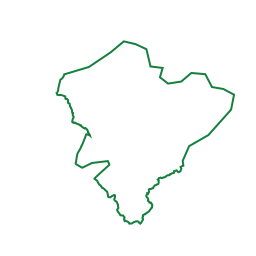 Kara-Buura, Talas, Kyrgyzstan (Equal Earth projection), rotated 298°
{"feature_id": "92254566B426760339641", "entity_name": "Kara-Buura", "entity_type": "district", "adm_level": 2, "iso_a3": "KGZ", "parent_name": "Kyrgyzstan", "parent_adm1": "Talas", "projection": "equal_earth", "projection_center": [71.131, 42.476], "detail": "fine", "context": "isolated", "style": "outline", "palette": "green", "viewbox_px": 256, "rotation_deg": 298, "n_neighbors": 0, "source": "geoboundaries", "source_scale": "gbopen_adm2", "svg_char_len": 5332}
<svg xmlns="http://www.w3.org/2000/svg" viewBox="0 0 256 256"><g transform="rotate(298 128 128)"><path d="M202.5,83.6L186.9,77.3L163.5,64.8L145.4,46.5L144.7,46.8L144.3,46.8L143.9,46.7L143.2,46.9L141.9,46.7L141.1,46.7L139.9,46.2L139.2,45.7L138.9,45.6L130.1,47.9L129.4,48.2L128.3,48.8L127.0,48.8L126.4,48.8L126.0,48.8L125.3,48.8L125.2,48.7L124.1,50.1L124.5,51.0L124.7,51.5L124.8,51.7L124.8,52.1L125.0,52.3L125.3,52.6L125.4,52.8L125.5,53.0L125.6,53.3L125.7,53.5L125.8,53.8L125.9,54.1L126.0,54.6L126.1,54.9L126.1,55.1L126.1,55.5L126.1,55.8L126.2,56.1L126.3,56.5L126.4,57.0L126.4,57.3L126.4,57.8L126.0,58.0L125.6,58.3L125.2,58.4L125.0,58.6L124.8,58.8L124.4,59.2L124.5,59.4L124.6,59.5L124.8,59.8L124.9,60.1L125.0,60.4L125.0,60.6L124.7,61.1L124.7,61.3L124.6,61.5L124.5,61.8L124.4,61.9L124.3,62.1L123.6,62.4L122.9,62.7L122.2,63.0L122.0,63.6L122.0,64.2L122.1,65.1L121.7,65.4L121.2,65.7L120.3,66.3L120.2,66.3L119.8,66.7L119.7,67.0L119.6,67.3L119.3,67.9L119.0,68.2L118.8,68.3L118.6,68.4L118.6,68.5L118.4,68.9L118.1,69.5L117.7,69.8L117.3,70.3L116.3,70.9L115.6,71.3L115.4,71.5L115.5,71.6L115.5,72.3L115.4,72.4L115.2,72.5L114.9,72.7L114.6,72.8L114.4,72.8L114.0,72.9L113.8,73.0L113.6,73.1L113.4,73.2L113.0,73.5L112.5,74.7L111.9,75.0L111.1,75.0L109.4,75.1L107.2,75.9L107.2,76.3L107.2,76.6L107.3,76.7L107.3,76.8L107.1,76.9L107.1,77.0L106.9,77.2L106.9,77.4L107.0,77.7L107.1,77.8L107.3,78.0L107.4,78.3L107.6,78.3L107.7,78.5L107.9,78.7L107.9,78.8L107.9,79.0L107.9,79.3L107.8,79.5L107.7,79.7L107.7,80.4L108.0,81.7L107.9,82.3L108.1,82.7L108.0,82.9L108.1,83.7L107.8,84.8L107.9,85.1L107.8,85.3L107.9,85.5L108.1,85.5L107.3,87.4L107.5,88.0L107.1,88.8L107.3,89.1L107.4,89.5L107.3,90.0L107.6,90.3L107.9,90.4L108.0,90.7L107.6,91.2L107.5,92.6L106.9,93.2L106.6,93.8L106.1,94.2L105.8,94.7L105.4,94.8L105.0,95.7L104.7,96.0L104.7,96.3L104.4,96.5L104.2,96.9L104.1,97.2L103.9,97.4L103.8,97.6L103.6,97.7L103.5,97.8L103.5,98.0L103.4,98.1L103.6,97.1L103.2,96.0L103.3,95.6L103.3,95.3L103.2,94.8L102.9,94.2L102.6,94.0L102.0,94.2L100.6,94.4L99.5,94.6L96.9,94.8L95.0,95.1L91.8,95.4L89.2,95.4L88.7,95.5L87.2,95.6L82.9,95.4L81.9,95.4L79.9,95.9L79.3,96.1L77.4,96.7L74.9,97.6L74.3,97.8L73.8,98.0L72.1,98.4L71.9,98.6L71.7,99.1L71.5,102.7L71.5,104.4L71.4,104.8L71.4,105.6L71.5,106.3L73.1,107.5L74.4,108.4L77.4,110.6L80.2,112.6L89.3,125.7L87.6,128.0L86.9,128.7L86.7,128.8L73.7,124.1L67.7,122.1L67.4,122.2L67.1,124.8L66.9,125.4L66.5,126.3L66.0,126.7L65.6,127.3L65.4,127.8L65.3,128.1L64.6,129.0L64.6,129.9L64.3,130.9L64.1,131.2L64.1,131.7L63.7,132.0L63.3,132.6L63.2,132.8L63.0,133.4L63.3,133.7L63.3,134.1L63.1,134.6L63.0,135.8L62.3,137.5L62.4,137.9L62.0,139.2L61.6,139.9L60.7,140.6L58.7,142.2L58.1,142.6L57.9,143.1L57.9,143.5L58.2,144.1L58.5,144.8L60.5,145.9L62.4,147.3L62.5,147.8L62.3,148.2L60.5,149.1L58.8,149.2L57.9,150.1L57.7,150.5L57.6,152.2L57.4,152.9L56.3,154.0L55.8,154.9L55.4,155.3L54.8,155.6L54.1,155.9L53.3,156.8L52.7,157.1L50.8,156.7L50.0,157.4L50.0,157.6L49.7,158.0L49.0,159.0L48.7,159.9L48.6,160.6L47.7,161.4L47.5,162.8L48.5,164.8L47.8,165.9L47.5,166.9L46.8,167.1L46.3,167.1L45.7,167.2L44.3,168.8L45.0,169.3L44.8,170.1L45.2,171.4L45.0,172.8L44.7,173.5L44.2,173.9L44.2,174.2L44.9,175.1L45.6,176.3L47.7,177.3L48.0,177.8L49.5,179.0L49.7,179.9L50.1,180.3L50.2,181.3L49.3,182.9L49.4,183.8L51.9,184.2L53.0,184.1L53.7,184.3L54.8,183.9L55.3,183.0L55.8,182.7L56.9,182.9L57.2,182.7L57.7,182.2L58.0,182.1L59.4,183.0L59.9,183.7L60.4,183.5L61.5,184.4L62.4,184.6L62.9,185.0L63.9,185.6L64.7,185.8L65.8,185.8L66.1,185.8L66.5,186.0L67.5,186.2L68.2,186.1L69.0,186.6L70.0,186.2L70.6,185.7L71.2,185.7L71.4,185.7L71.7,185.2L72.2,184.6L72.2,184.2L72.3,183.5L72.8,183.3L72.9,183.2L72.8,182.8L72.5,182.3L72.2,182.0L72.2,181.8L72.4,181.7L72.7,181.4L72.9,181.1L73.0,180.4L73.1,180.0L73.2,179.8L73.4,179.7L74.1,179.5L74.9,179.1L75.2,178.8L75.6,177.7L75.8,177.0L76.4,176.1L76.6,176.0L77.1,175.8L77.9,175.9L78.5,176.4L78.9,176.1L79.2,175.7L79.4,175.6L79.5,176.2L79.3,176.3L79.2,176.5L79.4,176.6L79.7,176.6L80.1,176.6L80.5,176.4L81.2,176.6L81.7,176.4L82.2,176.0L82.4,175.9L83.1,175.4L84.2,175.5L84.5,176.0L84.7,176.6L85.0,176.9L85.2,177.1L85.5,177.2L85.9,177.5L86.3,178.1L86.6,178.4L86.7,178.5L87.0,178.5L87.5,178.3L87.8,178.2L89.3,178.5L89.9,178.7L90.5,179.1L91.0,179.6L91.9,180.2L92.2,180.6L92.8,181.0L93.2,181.0L93.6,180.9L94.1,180.8L95.0,180.1L95.4,180.0L95.8,180.0L96.2,179.7L96.4,178.5L97.3,178.8L97.5,178.8L98.2,178.8L98.7,179.4L99.1,179.8L99.6,180.2L99.5,180.7L99.5,181.2L99.6,181.3L100.1,181.8L100.4,182.1L100.7,182.4L100.9,182.4L101.1,182.5L101.4,183.1L101.6,183.4L101.8,183.6L102.2,183.9L102.7,184.0L103.4,184.4L104.7,185.0L105.1,185.7L105.2,185.9L105.4,186.0L105.5,186.3L105.8,186.7L106.0,186.8L106.4,187.0L106.8,187.0L107.0,187.0L107.3,186.9L107.5,187.3L107.8,187.7L108.4,187.9L108.8,188.4L109.0,188.6L109.5,189.3L109.8,189.6L110.3,189.7L110.9,189.5L111.5,188.9L111.6,189.0L112.2,189.7L113.4,190.7L113.1,191.3L113.0,191.9L112.8,192.7L112.6,193.2L112.9,193.6L113.0,193.7L113.5,194.0L114.0,194.2L114.5,194.5L115.1,194.5L116.0,194.4L116.6,194.3L117.1,194.2L117.5,193.7L117.8,193.3L118.3,192.7L118.8,193.1L119.3,193.3L120.7,194.6L124.7,191.7L140.7,190.5L159.5,202.3L192.6,210.4L207.2,206.0L207.2,193.9L203.6,182.9L211.8,171.0L206.3,158.1L194.0,153.2L186.0,142.5L187.8,132.4L197.3,130.4L192.9,119.0L206.2,107.3L205.6,95.2L202.5,83.6Z" fill="none" stroke="#15803d" stroke-width="2"/></g></svg>